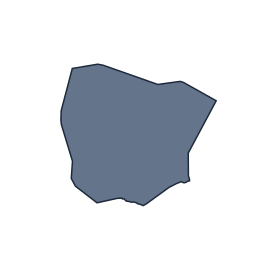 Saint Thomas, orthographic projection, rotated 221°
{"feature_id": "BRB-1999", "entity_name": "Saint Thomas", "entity_type": "Parish", "adm_level": 1, "iso_a3": "BRB", "parent_name": "Barbados", "parent_adm1": "", "projection": "orthographic", "projection_center": [-59.606, 13.184], "detail": "fine", "context": "isolated", "style": "filled", "palette": "slate", "viewbox_px": 256, "rotation_deg": 221, "n_neighbors": 0, "source": "natural_earth", "source_scale": "10m", "svg_char_len": 774}
<svg xmlns="http://www.w3.org/2000/svg" viewBox="0 0 256 256"><g transform="rotate(221 128 128)"><path d="M129.5,49.6L137.7,52.7L148.1,66.5L180.4,86.8L183.6,89.7L189.7,97.1L209.1,136.4L192.7,156.3L188.1,159.0L134.1,180.4L119.2,197.4L116.0,198.8L79.3,206.4L66.1,148.6L50.9,131.4L48.0,129.7L46.9,128.5L47.5,128.0L48.0,126.8L48.8,124.6L49.4,123.8L50.2,123.1L52.6,122.4L55.0,117.8L58.1,110.0L64.2,83.6L65.5,79.5L69.8,77.9L70.8,77.2L71.3,77.1L71.7,77.1L72.6,77.1L73.0,76.8L73.4,76.8L73.9,76.6L74.7,76.1L77.2,73.9L77.6,73.9L77.9,73.8L78.7,73.4L79.0,73.2L80.6,72.2L81.1,71.8L81.6,71.7L82.5,71.7L83.1,71.8L83.4,71.8L84.1,72.0L84.5,71.8L85.1,71.4L85.5,70.9L85.8,70.8L86.3,70.9L86.6,71.1L90.0,67.8L102.3,51.2L129.5,49.6Z" fill="#64748b" stroke="#1e293b" stroke-width="1.5"/></g></svg>